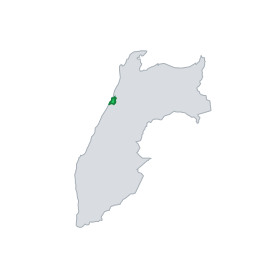 Viru, La Libertad, Peru shown in context, rotated 48°
{"feature_id": "86281439B2009584770590", "entity_name": "Viru", "entity_type": "district", "adm_level": 2, "iso_a3": "PER", "parent_name": "Peru", "parent_adm1": "La Libertad", "projection": "equal_earth", "projection_center": [-78.588, -8.556], "detail": "fine", "context": "in_parent", "style": "filled", "palette": "green", "viewbox_px": 256, "rotation_deg": 48, "n_neighbors": 0, "source": "geoboundaries", "source_scale": "gbopen_adm2", "svg_char_len": 5107}
<svg xmlns="http://www.w3.org/2000/svg" viewBox="0 0 256 256"><g transform="rotate(48 128 128)"><path d="M171.2,72.2L171.1,73.0L170.4,73.4L169.8,72.8L168.9,73.0L167.5,71.3L164.1,71.5L162.6,73.5L160.4,74.0L158.0,74.9L155.2,75.3L150.9,78.5L149.9,79.8L148.0,81.7L146.4,82.4L145.6,88.2L144.0,91.6L143.4,93.5L144.2,96.3L144.2,97.7L143.3,98.8L142.6,98.9L141.1,100.1L138.9,102.7L138.5,104.7L139.2,107.3L139.0,107.6L137.2,108.1L137.2,109.5L136.9,110.1L138.4,112.2L139.2,112.7L139.3,113.2L139.1,113.7L138.8,114.0L138.8,114.4L139.9,116.0L140.6,119.1L142.2,120.6L142.3,121.6L142.7,122.6L143.5,123.3L145.5,126.4L145.5,127.9L143.5,131.2L146.8,131.2L150.4,132.3L151.0,132.8L151.4,134.3L151.4,135.3L152.2,136.1L152.1,137.9L156.9,137.9L160.0,137.5L165.1,131.9L165.9,131.5L165.5,132.7L165.4,133.6L165.7,134.5L165.1,135.9L164.9,149.3L165.9,148.6L167.0,149.9L167.9,149.9L170.7,148.4L173.9,148.6L181.2,166.2L180.5,167.4L180.5,168.3L179.6,169.0L178.7,170.4L178.5,177.4L177.7,179.5L178.2,180.6L178.5,182.8L179.2,184.1L179.4,185.0L179.3,185.3L178.2,186.0L178.1,187.3L176.2,189.8L175.9,191.4L175.2,192.0L175.0,193.9L176.7,197.0L175.5,198.8L174.5,201.5L176.1,207.2L176.8,208.0L177.5,207.9L178.6,208.4L179.2,209.3L177.8,210.4L177.6,210.8L177.7,212.7L176.1,214.1L174.1,217.7L173.6,217.9L172.5,218.9L172.4,219.5L172.5,220.0L173.4,221.0L173.4,222.3L172.0,223.9L170.9,224.1L170.6,224.5L170.9,226.7L170.9,227.7L170.6,228.9L169.8,230.1L167.7,231.5L165.7,231.7L162.5,228.4L161.5,227.1L158.2,224.3L157.8,221.4L156.7,220.0L154.7,218.9L153.1,217.4L151.9,216.7L149.0,213.4L146.3,212.4L141.3,208.9L138.6,207.8L135.1,204.5L133.2,203.6L131.7,202.1L127.2,198.9L126.4,197.9L125.8,196.3L124.7,195.3L123.6,193.2L121.9,191.9L120.3,190.2L118.3,185.6L117.3,184.6L117.3,182.5L116.6,181.5L117.6,180.8L118.2,177.6L117.9,176.0L115.6,171.6L115.1,169.8L113.5,166.5L112.8,164.4L111.5,163.0L110.9,161.7L110.2,161.2L110.1,159.6L109.6,156.7L108.8,155.2L106.1,152.4L105.9,149.4L105.3,147.3L101.5,138.9L99.3,130.7L97.5,126.2L96.7,123.6L96.6,122.2L95.3,119.7L94.5,117.5L91.4,113.3L89.6,108.5L89.4,107.1L88.2,104.5L86.2,101.1L85.2,99.8L79.3,95.6L76.5,93.0L76.2,91.7L76.3,90.9L76.9,90.2L77.8,90.8L78.3,90.6L78.7,89.6L78.7,88.2L78.2,86.4L76.3,82.9L76.8,81.3L74.8,77.2L75.3,73.2L75.7,72.2L78.6,68.2L79.4,66.5L80.6,65.4L81.9,63.8L83.4,62.6L83.8,63.0L84.3,65.1L84.2,66.6L84.6,68.2L83.6,69.6L82.4,69.3L82.0,69.7L81.8,70.3L82.0,71.4L82.3,71.9L83.1,71.9L82.0,74.0L82.1,74.5L82.9,74.8L83.7,74.3L84.5,73.1L85.0,72.9L87.9,75.0L89.2,74.7L90.2,75.7L90.4,77.2L91.8,80.1L94.0,80.9L94.3,80.6L94.8,79.5L95.3,79.3L95.4,77.7L97.3,76.0L97.6,74.8L97.3,73.9L97.3,73.3L98.4,69.4L98.8,69.0L99.1,67.8L99.5,67.0L100.2,62.7L100.7,62.7L101.2,63.7L101.7,63.4L101.4,62.5L101.5,62.1L103.6,58.7L104.3,57.9L114.3,53.1L119.3,48.2L123.7,41.3L125.1,34.4L125.6,34.9L126.4,34.7L126.1,31.9L126.3,30.6L126.3,30.2L124.9,28.5L124.4,26.7L123.2,25.6L123.2,25.2L124.5,25.6L125.7,25.5L126.6,24.3L127.4,24.4L129.0,26.0L130.2,26.1L130.6,27.3L131.8,28.1L133.5,30.5L134.2,33.1L134.2,33.6L134.9,34.9L136.6,35.6L138.2,37.5L139.9,38.1L140.6,39.9L141.1,40.4L141.3,41.4L141.1,42.6L141.3,43.2L142.5,44.2L143.6,44.3L143.8,44.8L144.4,47.6L144.0,49.1L144.2,49.9L145.6,50.6L146.0,51.2L147.1,51.3L148.7,50.7L150.6,51.6L152.1,51.3L152.8,51.0L153.5,50.4L154.1,50.4L155.7,48.6L156.1,48.4L157.7,49.3L159.1,50.5L160.8,50.3L161.5,49.5L162.7,49.1L165.0,50.6L165.5,51.3L166.1,51.5L168.4,53.0L168.9,53.6L170.1,54.2L170.4,54.7L170.3,55.3L164.7,67.1L166.4,68.0L168.0,67.4L168.9,68.2L169.5,70.1L170.7,71.4L171.2,72.2Z" fill="#d9dde1" stroke="#a8b0b8" stroke-width="1"/><path d="M97.7,116.8L97.4,116.8L97.4,116.7L97.4,116.8L97.2,116.9L97.1,117.0L96.9,117.1L96.7,117.1L96.5,117.3L96.5,117.5L96.4,117.5L96.4,117.4L96.4,117.5L96.3,117.4L96.3,117.5L96.2,117.5L96.1,117.4L96.1,117.5L96.0,117.4L96.0,117.5L96.0,117.8L96.3,117.9L96.3,118.0L96.2,118.1L96.2,118.3L96.2,118.5L96.0,118.8L95.9,118.8L95.7,119.0L95.5,119.3L95.5,119.5L95.5,119.8L95.4,120.0L95.2,120.0L95.3,120.2L95.3,120.4L95.6,120.6L95.8,120.8L96.0,121.0L96.4,121.4L96.5,121.6L96.6,121.8L96.8,122.2L96.8,122.4L96.8,122.7L96.8,122.8L96.8,123.1L96.8,123.3L96.8,123.5L96.7,123.6L96.7,123.9L96.9,124.3L97.1,124.8L97.2,125.0L97.4,125.2L97.5,125.5L97.6,125.8L97.6,126.0L97.8,126.2L98.0,126.0L98.1,125.9L98.1,125.7L98.2,125.4L98.2,125.2L98.1,124.9L98.2,124.7L98.3,124.4L98.3,124.2L98.5,123.9L98.7,123.7L98.8,123.7L99.0,123.7L99.3,123.5L99.4,123.4L99.5,123.4L99.6,123.2L99.8,123.1L100.0,122.9L100.2,122.7L100.3,122.7L100.5,122.7L100.8,122.6L101.0,122.6L101.0,122.4L100.9,122.3L100.9,122.1L100.9,121.9L100.7,121.7L100.7,121.4L100.8,121.2L100.7,121.0L100.8,121.0L100.7,121.0L100.7,120.9L100.8,120.9L100.8,120.6L100.8,120.4L100.7,120.4L100.4,120.5L100.2,120.5L100.0,120.4L99.9,120.4L99.9,120.2L99.9,119.9L99.9,119.7L99.7,119.7L99.7,119.8L99.6,119.7L99.5,119.4L99.4,119.4L99.4,119.2L99.4,119.3L99.3,119.5L99.2,119.5L98.9,119.4L99.0,119.3L99.0,119.2L98.8,119.0L98.7,119.0L98.7,118.9L98.4,118.8L98.2,118.8L98.2,118.7L98.1,118.4L98.2,118.2L98.3,118.1L98.2,117.9L98.0,117.7L98.0,117.4L97.9,117.4L97.7,117.3L97.6,117.2L97.7,116.9L97.7,116.8Z" fill="#22c55e" stroke="#15803d" stroke-width="1.5"/></g></svg>